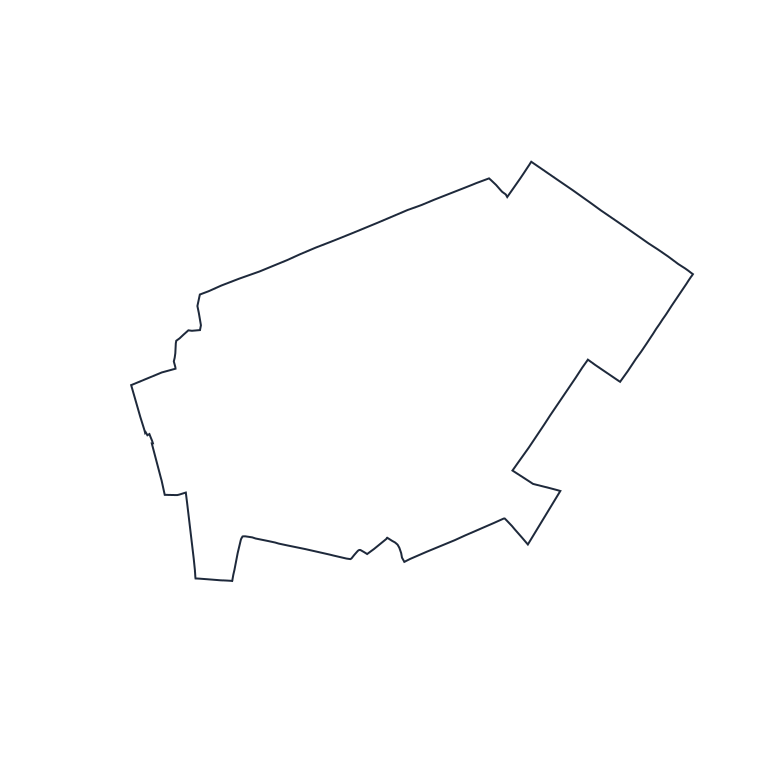 Intorsura, Dolj, Romania (orthographic projection), rotated 214°
{"feature_id": "2599482B5939349037702", "entity_name": "Intorsura", "entity_type": "district", "adm_level": 2, "iso_a3": "ROU", "parent_name": "Romania", "parent_adm1": "Dolj", "projection": "orthographic", "projection_center": [23.557, 44.11], "detail": "fine", "context": "isolated", "style": "outline", "palette": "slate", "viewbox_px": 768, "rotation_deg": 214, "n_neighbors": 0, "source": "geoboundaries", "source_scale": "gbopen_adm2", "svg_char_len": 2818}
<svg xmlns="http://www.w3.org/2000/svg" viewBox="0 0 768 768"><g transform="rotate(214 384 384)"><path d="M386.2,650.6L386.2,649.4L386.1,647.1L386.1,644.8L386.0,636.6L386.0,630.5L386.3,613.2L386.4,607.9L387.6,608.5L388.7,609.1L389.5,609.3L390.8,609.3L393.5,609.4L396.0,610.0L402.4,611.7L409.0,612.8L411.9,613.2L419.8,602.2L422.4,598.3L426.3,592.6L440.3,572.3L445.8,564.3L452.9,553.5L455.2,550.3L461.7,541.5L480.0,513.3L495.1,490.6L507.8,471.9L516.8,459.0L526.1,444.7L533.6,432.5L542.2,419.6L550.1,407.7L563.0,390.3L573.9,374.7L581.3,362.8L586.7,355.2L582.3,344.3L577.2,339.3L568.6,330.3L566.7,325.8L573.0,320.7L576.2,319.1L577.8,312.8L579.0,307.5L580.4,303.7L579.4,301.4L574.2,292.8L572.2,288.7L570.9,285.2L566.4,281.3L565.4,280.1L574.7,269.3L592.5,242.4L593.0,241.7L578.2,229.3L575.1,226.7L572.6,224.6L567.6,220.4L560.2,214.5L557.1,212.0L555.8,210.9L554.6,209.8L554.5,210.4L554.5,210.7L551.5,209.2L550.5,211.3L547.6,209.3L544.6,207.3L542.4,205.6L543.3,204.9L515.7,180.7L514.6,179.8L503.8,169.5L493.4,176.2L491.9,177.8L487.6,183.2L487.3,182.9L487.2,182.7L480.9,175.5L444.0,132.7L436.4,123.6L436.1,123.2L435.8,122.7L435.4,122.3L432.4,118.4L431.5,117.4L428.9,119.0L419.6,124.3L409.3,130.1L406.3,132.0L401.1,135.1L399.7,135.8L399.8,136.2L400.4,137.4L402.3,141.7L404.1,146.4L410.8,162.1L415.5,174.6L415.8,175.7L415.9,176.4L415.9,177.3L416.0,177.9L416.0,178.5L415.1,179.3L413.9,180.1L411.0,181.5L407.4,183.2L404.1,184.1L392.8,188.8L385.6,191.7L382.1,192.8L373.7,196.2L357.0,203.1L338.0,210.5L333.1,212.4L330.3,213.4L317.5,218.3L314.0,220.0L313.7,220.5L313.4,221.4L313.1,225.4L312.7,228.7L312.4,230.9L312.1,231.9L311.6,232.6L311.1,233.0L310.5,233.2L306.4,233.5L303.6,233.6L302.9,233.6L300.0,241.7L295.4,256.9L295.5,258.0L295.4,258.3L293.4,258.4L289.4,258.5L287.5,258.7L286.1,258.8L282.9,258.4L279.7,256.8L275.2,253.4L272.0,250.1L269.0,248.6L267.7,247.9L264.5,253.6L254.8,268.8L238.0,294.1L232.2,303.6L221.8,319.9L215.4,329.9L209.7,339.1L209.4,339.5L208.9,339.9L208.7,340.0L206.1,339.5L198.4,337.8L194.3,336.6L183.6,333.8L175.0,331.4L178.0,393.9L180.8,393.0L188.3,390.4L203.5,384.9L204.7,384.5L207.8,384.5L223.3,384.2L229.1,384.1L228.9,393.3L228.4,412.3L228.5,439.8L228.7,451.1L228.6,496.3L228.8,508.5L228.6,516.7L228.6,518.2L219.4,517.9L190.8,517.8L189.5,517.8L189.1,531.0L189.2,545.6L189.1,549.0L188.9,554.5L188.9,565.1L189.0,573.0L189.0,575.7L189.2,582.1L189.1,587.9L189.2,593.5L189.1,597.9L189.1,600.4L189.3,609.9L189.3,616.3L189.3,623.5L189.3,625.1L189.3,627.3L189.3,631.5L189.3,632.4L189.3,633.8L189.3,636.2L189.4,640.1L189.4,642.3L189.4,643.5L189.4,644.8L189.3,645.6L189.3,647.8L192.1,647.9L195.0,648.1L199.0,648.2L202.7,648.1L207.2,648.0L219.8,648.6L232.5,648.7L243.2,648.5L271.4,649.0L272.6,649.0L301.5,649.2L312.0,649.6L336.1,650.2L352.8,650.3L386.2,650.6Z" fill="none" stroke="#1e293b" stroke-width="2"/></g></svg>